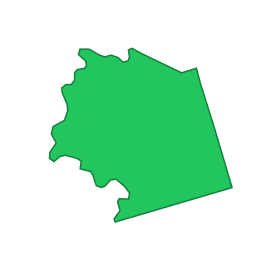 the district of Saline, Missouri, United States of America, rotated 251°
{"feature_id": "52423323B60442880847167", "entity_name": "Saline", "entity_type": "district", "adm_level": 2, "iso_a3": "USA", "parent_name": "United States of America", "parent_adm1": "Missouri", "projection": "natural_earth1", "projection_center": [-93.121, 39.17], "detail": "fine", "context": "isolated", "style": "filled", "palette": "green", "viewbox_px": 256, "rotation_deg": 251, "n_neighbors": 0, "source": "geoboundaries", "source_scale": "gbopen_adm2", "svg_char_len": 818}
<svg xmlns="http://www.w3.org/2000/svg" viewBox="0 0 256 256"><g transform="rotate(251 128 128)"><path d="M162.2,212.1L162.7,196.7L194.4,164.6L202.0,157.8L201.6,153.8L194.6,152.5L191.5,149.8L191.8,144.7L197.8,141.6L202.4,135.7L202.7,129.3L206.7,124.3L215.1,117.1L218.2,108.3L213.7,105.0L205.1,109.8L200.8,109.1L198.6,106.5L199.7,98.9L197.4,95.4L190.8,93.1L187.6,88.6L189.2,83.2L187.4,78.3L182.6,77.3L169.6,78.1L163.7,76.5L155.9,70.3L153.8,57.7L147.1,53.5L137.3,55.3L130.4,46.1L124.7,43.9L120.3,47.2L123.2,54.2L122.7,59.8L116.2,69.4L112.1,73.0L104.9,69.5L98.9,78.6L94.7,79.4L83.7,79.3L80.4,83.6L80.5,87.1L84.6,94.7L83.4,100.1L73.7,105.9L65.8,108.3L60.6,105.3L64.0,96.6L61.6,94.1L52.5,93.6L46.7,85.3L43.3,85.2L37.8,207.0L99.9,209.7L146.8,211.0L162.2,212.1Z" fill="#22c55e" stroke="#15803d" stroke-width="1.5"/></g></svg>